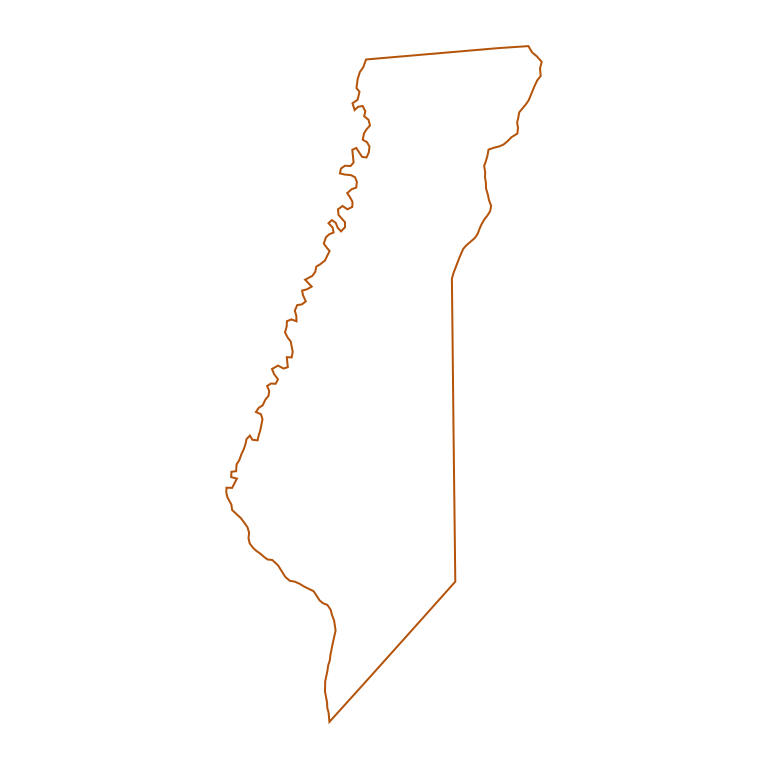 Nova Timboteua, Pará, Brazil (Robinson projection)
{"feature_id": "56859067B79534795748726", "entity_name": "Nova Timboteua", "entity_type": "district", "adm_level": 2, "iso_a3": "BRA", "parent_name": "Brazil", "parent_adm1": "Pará", "projection": "robinson", "projection_center": [-47.412, -1.17], "detail": "fine", "context": "isolated", "style": "outline", "palette": "amber", "viewbox_px": 768, "rotation_deg": 0, "n_neighbors": 0, "source": "geoboundaries", "source_scale": "gbopen_adm2", "svg_char_len": 2629}
<svg xmlns="http://www.w3.org/2000/svg" viewBox="0 0 768 768"><path d="M455.3,581.6L453.5,429.0L452.8,361.4L451.9,278.8L453.2,273.9L459.1,258.4L463.2,248.9L466.3,245.4L475.0,237.8L477.7,233.8L479.4,229.1L481.7,224.0L484.1,219.8L487.5,215.4L490.1,211.2L491.2,206.0L489.0,200.2L488.0,195.2L486.0,188.4L485.9,182.9L485.0,177.3L485.2,172.0L484.1,166.0L485.9,161.2L487.5,155.4L488.5,149.6L493.8,147.8L499.2,146.4L503.6,144.5L507.3,141.4L511.5,137.2L517.4,133.5L518.0,127.7L517.1,122.6L518.3,117.6L519.2,112.4L525.8,104.4L528.6,100.4L534.7,85.7L537.2,80.4L540.7,75.9L540.0,68.5L541.7,61.8L536.8,56.3L532.1,52.4L528.4,46.1L503.1,47.8L496.1,48.3L380.9,58.2L366.0,59.5L363.2,67.4L359.9,71.9L357.6,79.3L356.5,88.1L359.5,91.8L357.6,99.7L352.5,103.3L354.6,110.0L358.1,106.8L362.7,106.0L365.3,111.2L364.2,116.3L368.5,119.8L370.0,125.5L366.9,128.9L364.1,133.1L362.7,139.7L367.0,142.2L369.5,146.6L368.8,152.4L366.5,157.5L362.1,156.9L356.3,148.0L352.3,149.8L353.6,162.5L350.6,166.0L345.0,165.7L341.0,168.5L339.9,173.4L345.0,174.6L350.9,175.1L355.1,177.3L356.9,182.0L356.2,187.6L351.7,189.2L347.2,193.1L350.2,197.6L352.5,201.9L352.3,206.9L347.4,209.3L342.6,206.0L338.0,209.3L338.5,214.9L345.0,222.2L345.0,227.2L341.0,231.4L337.7,227.7L335.7,222.8L331.9,220.1L328.5,223.2L332.6,227.5L333.6,232.5L329.2,234.3L325.9,237.3L323.8,243.6L326.6,247.5L329.6,251.0L324.9,260.6L320.3,264.2L316.3,266.6L315.2,271.9L312.4,275.8L305.1,279.7L311.7,286.6L307.0,289.3L302.1,290.6L303.0,295.3L305.8,301.4L301.8,304.4L297.2,305.1L294.8,310.7L296.3,315.7L296.5,321.3L291.4,319.4L286.9,321.2L286.7,326.3L285.0,332.4L287.7,337.6L290.7,341.5L292.7,351.8L291.7,357.4L286.8,357.2L287.8,367.2L283.5,368.5L278.0,365.6L272.0,369.0L274.1,374.1L278.0,379.3L275.6,383.8L271.0,383.5L267.1,386.0L269.2,390.9L268.5,395.8L265.2,399.9L262.7,405.3L258.7,407.9L255.9,412.0L260.9,414.2L262.5,419.2L260.3,430.3L258.7,435.3L257.6,440.3L252.4,439.8L249.9,435.6L246.6,439.0L245.4,444.4L243.8,449.1L241.5,454.0L239.3,460.1L236.6,464.4L236.1,471.2L231.4,471.8L231.2,477.1L236.9,478.6L232.1,487.9L226.5,487.7L226.3,492.6L227.5,497.5L231.4,504.6L232.1,510.0L241.0,518.3L244.5,523.0L247.5,527.3L249.1,532.8L248.5,538.3L249.7,543.4L253.1,547.9L256.6,551.1L260.4,553.7L263.9,556.8L267.6,559.5L272.3,560.0L278.0,565.3L285.3,576.9L289.8,580.8L294.7,581.6L299.6,583.8L304.4,586.7L313.6,591.2L319.6,600.4L323.1,603.3L327.3,604.9L330.7,609.8L331.9,614.7L334.1,620.5L335.6,630.5L332.5,644.5L330.4,655.0L329.8,660.4L328.2,665.4L327.3,671.5L325.2,681.2L325.0,691.6L327.1,702.7L327.3,707.9L328.6,712.7L329.4,721.9L367.9,679.3L418.0,623.4L455.3,581.6Z" fill="none" stroke="#b45309" stroke-width="2"/></svg>